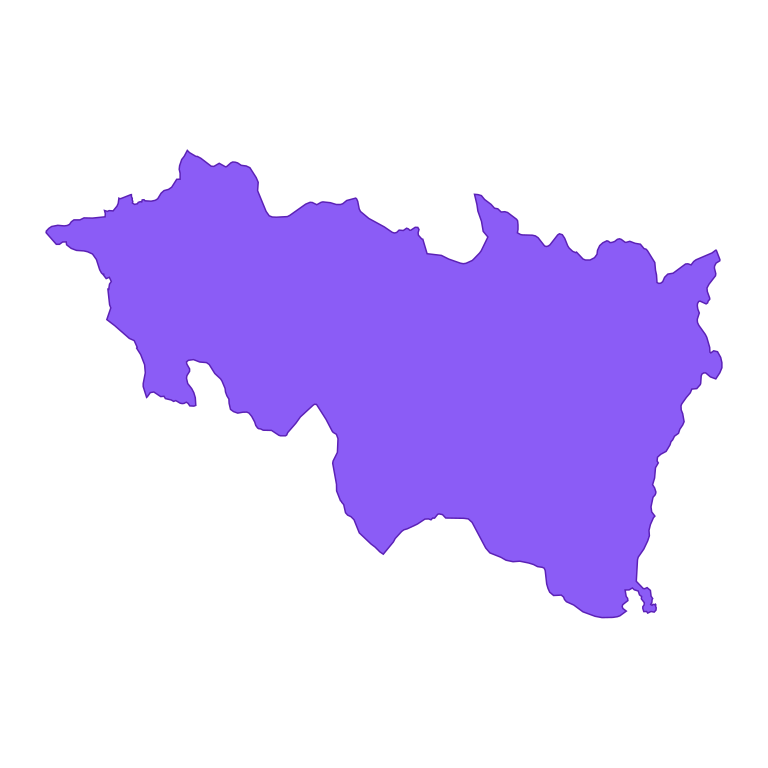 the district of Karo, Sumatera Utara, Indonesia
{"feature_id": "22746128B49947212525753", "entity_name": "Karo", "entity_type": "district", "adm_level": 2, "iso_a3": "IDN", "parent_name": "Indonesia", "parent_adm1": "Sumatera Utara", "projection": "robinson", "projection_center": [98.306, 3.1], "detail": "fine", "context": "isolated", "style": "filled", "palette": "violet", "viewbox_px": 768, "rotation_deg": 0, "n_neighbors": 0, "source": "geoboundaries", "source_scale": "gbopen_adm2", "svg_char_len": 6106}
<svg xmlns="http://www.w3.org/2000/svg" viewBox="0 0 768 768"><path d="M143.2,386.6L146.6,397.4L147.3,396.8L150.3,392.6L153.8,392.0L160.7,396.6L164.0,396.3L165.4,398.6L171.3,400.0L173.6,401.4L175.8,400.6L180.2,403.2L182.2,403.6L184.0,403.4L186.3,402.2L188.1,403.4L189.8,405.9L193.9,406.1L195.8,405.4L195.3,397.7L193.8,392.6L191.7,388.6L187.7,383.5L186.5,378.2L186.9,375.7L189.6,371.3L189.6,368.9L186.8,364.0L186.5,361.9L188.4,360.3L193.5,359.6L199.7,362.0L206.5,362.6L209.2,364.5L214.8,373.5L220.6,378.9L222.0,381.1L225.1,388.5L225.5,392.0L226.9,395.8L228.9,399.1L229.1,403.3L230.5,409.4L233.5,411.6L237.7,413.1L243.0,412.2L246.8,412.1L248.9,413.0L251.7,416.4L254.7,422.0L255.8,425.5L257.6,428.0L259.0,428.8L260.3,428.8L263.2,430.2L271.5,430.4L278.9,435.3L280.6,435.8L285.5,435.8L286.7,435.0L287.7,432.6L295.8,423.3L300.4,416.9L313.0,405.3L314.4,404.3L316.5,404.4L326.0,419.3L332.2,431.2L333.2,432.4L336.4,434.3L338.0,438.7L337.4,452.4L333.1,461.0L332.7,463.3L336.5,484.3L336.6,490.9L340.5,500.8L341.4,501.3L341.7,502.3L343.7,504.6L345.5,512.7L347.6,515.1L351.0,516.7L354.0,519.7L359.3,532.9L371.0,544.0L375.1,547.1L379.9,551.9L383.3,554.2L393.4,541.9L395.2,538.5L401.7,531.4L403.9,529.8L407.3,528.8L417.5,524.0L424.9,519.1L428.5,518.9L431.0,519.8L432.6,518.1L434.6,518.1L437.7,514.3L439.0,513.9L442.5,514.6L445.7,518.0L463.8,518.3L468.3,518.9L472.1,522.4L485.7,548.0L489.9,552.9L500.7,557.2L506.0,560.2L513.0,561.7L519.8,561.2L528.7,563.0L533.5,564.5L537.5,566.6L542.3,567.3L544.2,568.2L545.2,570.5L546.7,584.0L548.0,588.4L549.7,592.2L553.6,595.5L561.3,595.1L563.6,597.1L564.5,599.5L566.4,601.7L573.7,605.0L582.9,611.8L595.1,616.3L602.0,617.6L612.8,617.4L617.4,616.7L619.9,615.8L626.3,611.1L622.9,608.5L622.2,606.6L622.7,604.7L627.9,600.6L627.6,598.3L626.2,596.5L625.1,590.0L629.1,589.9L632.4,588.0L634.3,589.8L638.2,591.0L639.5,594.9L641.6,596.5L641.3,598.8L644.3,602.7L644.1,604.9L642.8,606.7L642.8,608.5L643.8,611.6L646.6,611.5L647.7,613.1L651.0,611.5L654.2,612.1L656.0,610.1L656.2,607.7L655.7,606.6L655.7,604.5L655.3,604.1L654.5,604.8L653.0,604.3L652.1,605.3L650.7,604.5L651.9,602.3L652.1,599.5L652.7,598.6L651.1,596.2L650.4,590.4L647.1,587.6L644.7,588.7L643.2,588.5L636.3,581.3L637.5,559.8L638.2,557.2L643.8,549.1L647.7,540.9L649.4,535.7L649.0,530.4L650.4,524.6L653.4,517.8L654.9,516.1L651.7,511.9L651.0,506.9L653.0,497.3L655.1,494.9L655.7,493.4L655.9,492.0L654.6,487.9L652.6,484.7L654.6,478.0L655.5,467.7L658.3,462.9L657.1,461.0L657.5,457.2L660.7,454.3L666.1,451.4L670.0,444.9L671.0,441.7L672.7,439.8L674.5,436.2L678.5,433.3L679.8,429.3L682.7,425.0L684.1,421.7L682.7,413.7L681.2,409.9L681.0,405.9L681.7,404.0L686.3,397.5L690.3,392.8L691.8,389.1L696.8,388.6L700.3,384.6L700.7,383.3L701.2,376.0L701.9,374.1L703.7,372.9L705.7,372.9L710.4,376.9L715.8,378.9L719.8,372.8L721.9,367.8L721.9,362.7L720.7,357.4L717.5,351.7L713.7,350.8L710.8,352.9L709.9,352.1L709.7,347.4L706.8,337.4L705.3,334.4L698.8,325.3L697.5,322.5L697.3,320.6L697.3,319.2L699.3,313.0L697.8,309.1L697.3,305.7L697.5,303.6L698.7,301.5L700.0,301.1L706.1,303.9L707.6,302.9L708.2,301.0L709.7,299.4L709.7,298.1L707.3,291.5L707.0,288.0L709.0,284.2L715.5,275.8L715.8,273.7L714.4,268.0L714.6,266.0L716.1,263.1L719.8,260.8L719.9,259.6L716.5,250.7L716.0,250.1L715.4,250.4L712.1,252.9L696.0,259.8L693.7,261.5L691.1,264.9L687.9,263.8L685.5,264.0L673.1,273.2L667.8,274.1L664.6,277.3L662.7,281.7L660.7,283.2L658.7,283.4L657.0,282.5L656.5,274.9L655.5,270.3L654.8,262.5L647.4,250.6L646.1,249.2L644.0,248.6L640.4,244.2L635.1,243.3L629.8,241.3L626.0,242.4L625.0,242.2L621.3,239.4L619.5,238.8L617.4,239.3L614.6,241.5L612.0,242.4L610.0,242.6L608.5,241.3L606.9,240.8L602.8,242.8L599.7,245.6L597.5,250.3L597.0,254.3L594.5,257.7L590.1,260.0L585.4,260.0L583.0,259.0L576.5,252.1L575.6,252.6L572.6,251.3L569.1,248.0L567.7,245.8L564.7,238.3L562.3,234.7L559.4,233.8L557.7,234.9L550.0,244.8L548.3,246.0L546.4,246.5L544.6,246.0L538.1,237.7L535.4,235.9L532.4,235.2L522.3,234.9L520.5,234.5L517.4,232.8L518.0,229.4L518.0,224.9L517.6,220.8L516.6,219.3L507.6,212.5L504.8,211.7L501.2,212.0L497.8,208.8L494.5,208.2L491.1,204.4L484.6,199.5L481.4,195.6L478.0,194.6L474.5,194.3L476.9,204.4L477.9,211.1L481.5,221.4L483.2,231.4L487.9,237.0L481.2,250.8L479.6,253.0L473.6,259.2L472.2,260.5L466.0,263.3L463.3,263.7L460.5,263.2L448.8,259.1L441.4,255.4L427.1,253.7L422.8,239.2L421.7,238.9L418.4,235.2L418.1,232.7L419.0,229.5L417.8,227.4L415.2,227.3L410.8,230.2L409.8,230.3L408.4,228.9L406.6,228.2L403.3,230.5L399.1,230.1L396.6,232.5L394.3,233.0L392.2,232.3L384.3,226.9L368.9,218.5L360.5,211.5L359.2,208.9L357.7,201.3L356.6,198.9L355.7,198.1L346.7,200.5L342.8,203.7L340.6,204.5L336.3,204.5L330.4,202.7L322.9,201.9L321.1,202.3L316.8,204.7L312.3,202.5L310.1,202.3L305.7,204.1L289.9,215.3L287.4,216.6L276.3,217.2L272.3,217.0L269.2,215.8L266.1,211.4L257.6,190.7L258.2,182.3L256.2,177.6L249.9,167.7L246.3,166.0L241.2,165.3L237.6,162.9L235.3,162.2L232.7,162.0L230.8,162.9L226.6,166.6L225.5,166.8L219.2,163.3L213.9,166.4L211.2,166.2L200.9,158.3L197.3,156.4L195.9,156.4L189.5,152.6L187.3,150.4L184.2,156.3L181.7,159.5L179.6,165.7L179.2,169.3L180.1,173.2L180.1,179.2L176.7,179.3L171.7,187.2L168.5,189.4L164.0,190.6L161.1,193.2L157.7,198.8L155.3,200.3L151.1,201.2L145.0,200.8L144.0,199.7L142.2,199.9L141.7,201.9L140.2,201.7L138.2,202.4L137.5,203.7L134.6,204.4L132.4,203.0L132.8,201.4L132.2,199.9L132.3,198.3L131.5,196.8L131.4,194.6L130.7,194.7L121.1,198.5L119.8,198.7L118.9,198.2L118.2,203.4L117.0,206.1L113.1,210.9L109.1,210.6L107.4,211.4L104.5,210.5L105.3,213.6L105.1,216.8L92.5,218.1L84.0,217.9L79.9,219.9L73.9,219.9L71.3,221.8L69.5,224.4L67.2,225.5L64.2,225.9L57.8,225.3L51.6,226.5L48.8,228.4L46.2,231.2L46.5,232.0L46.1,232.7L56.3,244.3L59.5,244.3L62.6,242.0L66.2,241.9L66.6,244.8L71.2,248.4L76.5,250.4L83.9,250.9L87.7,251.8L92.5,254.0L96.4,259.5L99.7,269.8L101.4,272.9L103.3,274.7L104.2,273.6L103.3,274.8L106.2,278.6L109.3,277.3L111.3,281.5L109.5,284.1L108.7,289.4L107.9,289.2L109.6,304.8L110.8,307.9L106.8,319.6L114.4,325.4L129.3,338.4L134.2,340.6L137.2,347.3L136.6,348.1L140.7,354.6L144.6,364.7L145.3,372.8L143.2,383.6L143.2,386.6Z" fill="#8b5cf6" stroke="#5b21b6" stroke-width="1.5"/></svg>